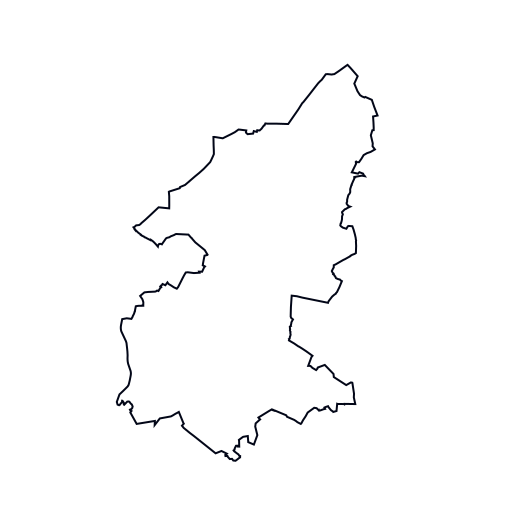 Tumes pag., Tukums, Latvia, rotated 191°
{"feature_id": "27541924B85005755814597", "entity_name": "Tumes pag.", "entity_type": "district", "adm_level": 2, "iso_a3": "LVA", "parent_name": "Latvia", "parent_adm1": "Tukums", "projection": "orthographic", "projection_center": [23.074, 56.953], "detail": "fine", "context": "isolated", "style": "outline", "palette": "ink", "viewbox_px": 512, "rotation_deg": 191, "n_neighbors": 0, "source": "geoboundaries", "source_scale": "gbopen_adm2", "svg_char_len": 6004}
<svg xmlns="http://www.w3.org/2000/svg" viewBox="0 0 512 512"><g transform="rotate(191 256 256)"><path d="M227.9,437.5L229.9,433.6L234.6,424.3L238.9,416.1L239.8,414.8L242.4,408.0L249.6,391.7L261.8,389.7L269.8,388.1L272.1,387.9L272.6,385.8L273.2,385.6L274.9,381.9L275.7,380.9L276.4,379.9L276.9,379.8L278.8,379.7L278.9,378.0L282.0,378.2L282.2,375.6L287.5,374.0L289.1,375.0L289.5,375.5L289.5,376.1L289.5,377.4L295.5,377.0L297.3,376.8L300.4,373.5L303.5,371.0L311.1,365.2L317.8,365.0L319.7,364.9L320.5,364.7L318.7,356.4L317.6,351.8L316.8,348.0L317.3,345.6L318.3,341.6L318.9,339.4L323.9,331.6L327.6,326.7L331.0,322.6L339.2,312.2L343.7,309.2L343.8,308.0L353.5,302.7L353.8,302.4L352.6,298.2L350.8,289.1L350.3,286.2L360.9,285.2L366.7,277.1L372.0,269.9L374.7,266.5L375.6,265.1L376.6,264.1L379.5,263.2L380.8,261.4L381.7,260.8L379.8,259.0L380.0,258.8L378.9,257.9L378.8,258.2L376.0,256.4L373.0,255.0L373.1,254.7L371.7,254.1L369.8,253.7L368.9,253.1L368.0,253.1L367.0,252.7L362.5,251.4L362.4,251.9L360.2,250.9L358.6,249.9L356.6,248.5L354.1,246.5L354.1,248.0L353.3,249.4L351.9,249.7L350.6,249.5L350.4,250.1L347.7,256.1L346.9,256.8L344.6,257.9L343.5,259.0L340.5,260.9L339.1,262.1L338.3,262.4L326.4,264.1L323.2,261.6L322.5,261.3L321.8,260.6L318.2,257.8L307.4,252.0L303.8,248.0L304.0,247.7L306.6,246.5L306.6,238.3L306.5,237.6L306.5,236.7L304.1,236.0L304.8,234.8L305.9,230.3L308.9,229.8L308.3,228.8L308.7,228.7L313.7,227.4L319.9,227.0L321.8,226.4L322.9,223.3L324.0,219.6L324.1,219.3L324.1,219.2L326.5,210.7L327.5,208.8L330.7,209.6L333.8,210.9L336.4,211.8L336.9,212.2L337.9,213.2L338.9,211.0L339.4,210.0L342.4,210.7L342.5,210.5L342.6,210.0L343.4,208.6L343.6,208.7L344.1,207.9L343.5,207.6L343.6,207.3L343.2,207.1L343.9,206.3L345.1,203.0L346.5,203.2L347.6,202.1L348.2,201.8L355.1,200.1L358.6,199.0L362.1,194.7L359.3,191.9L358.7,190.9L357.8,189.2L357.2,185.8L357.5,185.8L357.4,185.6L361.7,184.7L363.3,184.2L364.4,183.7L364.4,180.1L364.3,178.5L364.5,178.4L364.7,176.1L365.5,173.4L365.5,172.9L366.3,170.5L371.0,170.2L375.3,168.5L375.3,162.4L375.2,160.8L375.0,159.6L374.7,158.4L374.3,157.3L373.8,156.3L367.6,147.8L367.0,146.8L366.5,145.8L364.8,140.4L364.0,137.7L363.1,134.1L362.6,131.0L362.2,129.3L361.7,127.6L360.9,125.7L357.1,119.1L356.6,117.7L356.3,116.4L356.2,114.7L356.2,109.6L356.4,105.9L356.6,104.6L356.9,104.1L357.0,103.6L360.8,98.0L363.6,94.1L364.8,86.2L363.5,83.7L361.9,83.4L361.3,84.0L361.0,84.4L360.7,85.5L359.3,86.9L359.2,87.2L359.9,88.0L359.8,88.4L359.2,88.2L358.5,87.6L358.5,86.8L358.0,86.6L357.2,86.4L356.9,85.9L357.4,85.6L357.4,85.0L357.0,84.8L354.6,88.5L353.2,88.9L352.5,88.8L350.8,87.2L349.6,86.6L348.4,84.8L348.5,83.1L349.1,82.0L350.4,81.1L349.8,80.3L348.7,80.0L349.5,78.4L341.1,68.4L323.8,74.8L323.2,70.7L319.4,78.2L308.9,82.3L307.3,83.6L304.7,86.0L304.1,86.4L302.0,88.2L297.4,81.2L295.3,78.0L294.9,77.6L296.3,75.3L294.1,73.4L287.2,69.7L282.9,67.6L258.0,54.6L252.7,58.0L249.0,57.0L246.9,56.4L248.2,54.9L247.8,53.8L245.9,54.3L245.4,53.5L243.0,51.7L240.8,52.3L239.3,50.9L237.0,51.1L235.3,53.0L233.4,55.2L233.2,55.3L233.4,56.6L234.2,56.6L235.4,57.9L236.6,58.4L240.2,60.2L240.9,60.9L240.1,61.8L240.2,63.0L239.4,65.9L237.7,66.3L237.5,65.5L236.1,65.7L237.3,71.2L237.7,72.2L234.5,75.7L234.0,76.1L229.7,77.7L228.1,71.8L222.1,70.5L220.5,80.4L224.2,88.4L224.4,91.6L220.8,96.4L221.9,97.1L222.8,97.9L214.0,106.0L211.2,108.5L210.1,108.3L210.2,107.9L208.1,107.6L208.0,107.9L195.9,105.4L194.9,104.1L187.2,102.4L185.0,101.5L183.7,100.8L180.0,99.7L179.5,100.5L178.5,103.8L176.7,108.1L175.4,112.2L169.9,118.1L167.5,118.2L164.8,116.4L164.7,116.6L164.5,116.3L163.2,116.8L160.6,118.4L159.0,119.1L159.9,120.3L158.6,121.2L156.6,122.3L156.1,121.6L153.3,119.2L152.4,118.7L150.4,117.9L150.3,117.7L147.4,119.2L148.1,126.4L147.6,126.3L141.2,127.5L141.0,127.4L141.0,127.7L130.3,129.6L133.0,135.9L133.5,139.5L137.2,149.9L137.3,150.0L138.7,150.0L142.8,146.5L156.5,152.0L157.4,155.0L167.7,162.2L174.1,158.3L174.2,157.2L175.2,155.5L179.2,156.9L181.6,158.5L183.8,158.1L182.3,167.3L181.5,168.8L188.4,172.0L193.2,174.0L196.6,175.3L197.0,175.3L201.8,177.4L207.5,179.4L207.4,179.9L207.5,180.4L207.8,180.8L207.3,181.3L207.2,181.6L207.3,183.4L207.1,184.0L207.0,185.3L207.4,186.4L207.7,187.2L207.6,187.8L207.7,188.2L208.3,189.0L208.6,189.7L208.5,190.6L208.8,191.2L209.3,193.1L208.4,193.9L208.6,194.1L208.5,196.5L208.6,197.7L207.6,200.8L209.6,201.9L210.4,203.1L210.8,205.4L212.0,212.7L213.4,223.9L208.2,224.3L202.6,224.0L176.4,223.8L176.4,224.2L176.0,225.7L173.5,230.7L171.7,233.0L170.4,234.3L170.4,234.8L169.6,236.1L169.1,238.0L168.2,241.3L166.9,247.7L167.7,247.9L169.1,248.9L171.1,249.0L173.2,249.5L173.9,250.3L174.3,251.1L175.1,251.5L175.6,252.2L176.2,252.7L176.7,252.8L176.5,253.6L177.6,254.2L178.7,255.7L177.9,258.6L177.5,259.5L177.9,261.8L176.3,262.9L173.0,265.8L169.3,269.0L168.5,269.5L163.3,273.9L163.3,274.3L161.7,275.6L159.7,276.8L158.5,277.9L159.6,284.9L160.7,289.4L160.7,290.4L161.2,291.4L161.6,292.8L163.0,296.0L165.2,300.4L167.1,303.6L170.7,303.2L171.5,302.7L172.5,300.0L176.1,300.4L178.3,301.4L179.1,302.1L179.1,304.1L178.8,304.4L178.6,306.9L178.6,308.5L179.1,311.4L178.7,313.5L179.8,315.0L179.9,315.6L177.7,318.8L176.8,319.3L175.4,320.6L173.0,322.4L174.9,322.7L177.0,324.6L177.2,325.6L176.9,326.6L177.3,328.7L177.0,333.3L176.0,335.2L175.7,336.7L176.3,339.6L175.8,344.2L175.6,344.2L175.6,345.1L174.8,348.7L174.4,350.0L174.4,350.6L174.4,351.0L174.5,351.6L173.9,351.9L174.3,352.4L167.9,354.9L166.7,355.1L164.4,355.1L164.7,355.4L165.4,355.7L166.6,357.3L170.5,358.0L171.6,356.3L177.9,356.4L175.4,365.5L176.0,367.4L175.7,367.8L174.9,367.3L172.8,367.7L171.1,371.5L169.6,375.6L166.7,378.1L163.4,380.0L159.6,383.3L162.5,385.9L162.9,388.9L166.3,396.4L165.8,401.6L164.5,402.0L165.0,404.6L166.1,409.2L167.7,415.3L163.5,417.1L168.5,425.1L172.1,431.4L179.1,433.0L179.8,432.3L182.5,432.9L184.6,433.8L187.8,437.1L192.4,444.0L190.5,451.9L199.1,458.6L202.6,461.1L203.1,460.6L203.7,460.0L210.0,453.3L213.8,449.5L215.6,448.9L216.2,448.6L220.6,448.2L222.2,447.7L225.1,441.5L226.4,439.8L227.9,437.5Z" fill="none" stroke="#020617" stroke-width="2"/></g></svg>